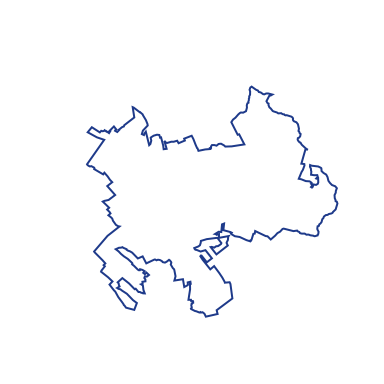 Zorleni, Vaslui, Romania, rotated 320°
{"feature_id": "2599482B17229332090255", "entity_name": "Zorleni", "entity_type": "district", "adm_level": 2, "iso_a3": "ROU", "parent_name": "Romania", "parent_adm1": "Vaslui", "projection": "orthographic", "projection_center": [27.762, 46.269], "detail": "fine", "context": "isolated", "style": "outline", "palette": "blue", "viewbox_px": 384, "rotation_deg": 320, "n_neighbors": 0, "source": "geoboundaries", "source_scale": "gbopen_adm2", "svg_char_len": 6077}
<svg xmlns="http://www.w3.org/2000/svg" viewBox="0 0 384 384"><g transform="rotate(320 192 192)"><path d="M290.8,297.7L296.0,294.3L296.7,292.5L296.1,291.4L296.8,290.4L297.4,288.5L299.2,286.0L301.7,284.9L302.8,283.7L305.4,282.2L305.4,279.7L303.7,276.6L303.5,273.7L303.7,271.1L305.4,267.7L306.0,264.9L305.0,262.0L304.7,259.3L306.3,257.0L306.3,256.4L305.1,253.6L300.6,248.8L299.8,247.3L298.6,248.5L298.0,250.7L297.0,252.0L296.6,253.0L294.3,255.3L296.5,257.8L298.8,259.6L297.9,261.7L297.2,261.3L295.8,261.5L296.0,261.9L297.4,262.6L294.9,265.8L293.6,266.6L291.6,266.3L290.0,264.4L287.6,265.7L286.9,265.8L286.7,265.7L286.4,264.7L287.7,264.5L288.5,263.6L288.5,262.6L288.9,262.8L289.5,262.2L289.3,260.6L288.9,259.4L286.2,256.8L283.9,252.5L282.3,250.5L288.8,247.1L291.2,246.3L295.2,244.0L296.0,242.8L294.0,240.6L306.4,232.2L307.9,234.1L307.2,232.0L306.5,226.7L306.5,225.7L306.8,224.5L306.8,223.7L306.3,223.2L306.3,220.8L306.6,219.8L307.7,218.8L309.0,219.2L310.6,218.9L312.5,217.4L312.3,216.1L312.9,214.6L312.8,213.7L314.6,212.3L316.7,208.2L316.8,205.7L315.6,203.4L315.5,202.2L316.0,201.2L316.6,200.7L316.9,199.7L316.6,198.2L313.9,194.0L313.1,193.6L312.5,192.6L312.5,191.7L311.7,191.0L311.1,189.6L311.0,189.0L308.6,187.2L308.2,185.7L306.3,182.7L305.9,181.8L306.0,178.6L305.7,176.9L306.5,174.5L307.5,173.5L307.0,172.3L307.4,170.3L313.0,168.0L314.4,168.7L316.2,169.0L313.7,165.5L312.1,164.2L310.2,163.7L309.4,162.8L308.6,159.8L307.5,158.4L307.7,156.6L306.8,154.9L305.4,149.6L303.8,149.5L301.8,150.7L301.2,152.3L299.0,154.8L297.3,155.5L296.4,156.7L295.7,156.9L294.6,158.2L293.2,159.0L292.7,159.9L291.4,159.7L289.7,160.8L288.3,162.7L285.3,164.8L282.2,164.1L280.5,162.5L279.7,162.3L277.5,162.3L273.1,163.0L269.9,162.9L267.0,163.8L263.8,177.5L265.2,178.1L262.7,189.2L251.8,182.6L246.7,178.6L246.5,176.9L245.3,173.7L243.9,172.7L243.2,172.3L240.6,172.3L239.3,170.4L237.5,168.9L235.9,169.3L234.9,170.5L234.0,169.9L233.6,170.8L229.5,167.9L223.4,164.6L224.3,162.1L224.1,161.7L225.1,158.2L227.1,152.3L227.9,148.7L220.3,146.1L219.6,148.0L213.1,146.0L213.6,143.2L210.2,141.7L208.5,140.2L204.4,138.4L203.8,137.4L203.7,135.1L200.3,142.6L197.8,141.0L199.9,137.7L203.4,130.3L202.5,129.9L203.6,127.3L202.0,125.6L198.8,124.2L195.7,123.8L195.2,123.9L193.8,126.5L190.9,128.5L189.3,128.6L195.4,116.1L193.3,116.6L191.8,117.5L190.8,115.4L193.9,113.4L200.8,112.6L201.6,111.3L202.9,107.3L203.8,101.6L204.1,100.9L203.7,98.3L203.3,97.5L203.5,97.2L203.1,96.6L201.6,89.9L201.1,88.9L195.7,97.8L183.0,97.3L181.9,98.0L180.4,97.4L176.0,97.3L176.0,97.7L173.3,98.0L172.4,95.6L173.2,95.3L174.2,95.4L174.3,91.6L167.9,92.2L167.5,92.3L168.1,93.0L166.3,93.6L165.5,90.4L165.2,90.5L164.8,88.5L163.9,88.7L162.6,88.0L161.8,86.8L159.7,87.1L156.9,78.0L150.5,79.2L154.3,89.0L158.3,95.6L129.4,103.3L129.3,104.3L129.7,105.7L130.2,106.8L131.5,107.5L132.7,110.5L132.5,111.2L131.8,111.6L135.3,121.4L137.3,120.9L137.4,125.8L137.0,129.9L137.2,133.2L130.9,133.0L131.2,144.9L123.0,144.5L119.2,142.5L117.5,142.0L118.4,150.8L115.7,150.9L116.0,154.2L115.8,156.0L113.0,156.1L113.7,159.5L113.8,161.1L113.0,163.2L112.6,168.3L113.4,170.7L114.3,171.8L99.1,171.3L78.0,174.8L78.6,175.0L79.6,186.7L79.7,191.0L77.3,191.2L77.5,192.9L72.1,194.0L71.1,194.6L72.9,203.3L73.6,209.4L69.3,209.9L69.0,217.3L69.2,218.9L68.0,225.1L67.6,232.0L67.4,234.0L67.1,234.8L67.3,235.6L67.1,238.2L72.0,245.2L78.4,241.6L77.3,236.9L76.7,228.1L75.0,222.5L74.6,220.5L73.3,218.8L73.3,218.1L73.0,217.4L75.8,217.8L76.2,216.3L77.1,214.8L77.0,213.4L83.3,213.2L85.0,221.6L85.6,229.6L86.7,229.9L86.7,234.2L87.8,235.1L88.4,236.7L89.2,237.3L89.3,238.1L90.6,239.3L91.9,235.7L94.2,232.2L94.2,231.6L93.7,230.0L95.2,230.6L96.3,228.9L98.9,230.5L100.1,229.0L100.2,227.2L101.6,226.4L103.1,227.8L105.7,227.9L105.3,224.4L103.1,224.7L102.7,222.6L104.8,222.2L104.0,219.9L102.6,217.8L101.8,218.4L101.0,217.8L100.6,216.6L100.1,211.0L99.7,209.4L99.7,208.8L100.2,208.7L100.5,208.2L100.5,207.5L99.8,202.0L98.5,197.6L97.8,193.7L97.6,190.3L96.8,186.8L100.3,187.8L101.8,189.0L103.3,189.6L103.4,190.4L105.1,193.7L104.8,194.1L105.2,195.6L106.4,197.7L107.2,200.0L107.8,208.1L112.8,209.6L111.1,217.3L119.8,219.6L120.4,220.1L120.9,221.5L122.4,222.0L123.7,223.5L124.5,225.5L124.5,226.9L125.9,228.7L127.8,229.1L130.8,229.2L131.1,230.3L131.0,232.2L130.7,232.9L129.1,233.9L128.4,238.0L128.6,239.7L128.3,240.4L125.2,246.0L121.6,248.5L129.0,253.0L125.0,259.8L128.8,260.6L129.3,260.4L130.6,258.5L133.1,259.7L132.0,261.5L131.4,261.1L128.0,265.3L120.0,272.3L121.9,273.9L121.3,274.8L123.1,276.8L122.6,276.6L121.7,277.6L121.1,277.1L120.2,277.6L119.9,277.3L118.5,278.5L117.7,280.2L117.1,280.7L116.3,280.6L116.1,281.1L117.8,285.1L118.6,286.1L120.2,289.1L121.3,289.4L121.3,290.1L122.8,290.9L123.3,293.2L122.5,296.4L133.2,301.9L134.9,298.4L154.5,299.5L162.3,287.2L162.8,285.3L158.9,282.6L159.2,282.1L160.2,277.1L160.8,271.6L161.3,263.0L156.3,263.0L156.6,250.9L157.1,246.6L158.0,246.4L158.4,246.8L158.2,255.4L164.6,255.6L164.9,245.2L160.3,243.1L158.4,239.5L157.5,238.4L157.4,237.4L157.7,236.4L161.9,237.8L163.8,237.9L165.9,236.6L167.4,235.2L173.0,237.6L182.0,243.4L181.7,250.0L180.7,250.5L177.2,250.2L175.6,249.1L173.3,248.9L171.7,246.6L170.9,246.2L170.6,255.5L185.0,256.0L185.7,253.4L186.0,253.0L188.7,251.8L191.0,249.5L191.7,249.3L183.6,244.7L183.4,244.4L184.1,243.4L185.6,241.6L183.4,240.7L183.1,239.5L182.7,239.0L186.9,239.6L188.7,241.5L194.2,236.1L196.3,236.8L191.5,241.4L195.7,247.4L195.5,247.6L196.2,248.7L195.2,248.9L195.3,250.2L196.4,253.4L199.6,257.1L202.8,263.9L204.9,267.2L205.7,266.7L206.0,267.2L207.0,266.8L212.1,263.5L213.3,264.2L215.3,262.5L220.1,273.1L221.4,274.5L221.8,279.0L227.6,278.9L231.0,278.4L234.0,279.0L237.6,278.5L238.7,279.0L244.6,287.2L247.7,289.1L247.6,289.8L248.5,291.7L248.3,292.9L248.5,293.3L249.5,294.6L251.6,296.3L252.2,298.2L254.0,299.6L254.8,301.2L256.8,303.4L257.3,304.5L258.5,305.3L259.6,305.5L260.2,306.0L261.9,305.2L263.4,303.8L264.0,301.3L264.6,300.4L266.2,299.0L267.4,299.5L268.7,298.6L270.1,298.7L271.9,298.3L274.3,296.6L275.7,296.5L277.3,295.6L279.6,295.7L281.2,296.7L282.6,296.8L285.1,298.1L286.2,298.3L287.3,297.9L290.8,297.7Z" fill="none" stroke="#1e3a8a" stroke-width="2"/></g></svg>